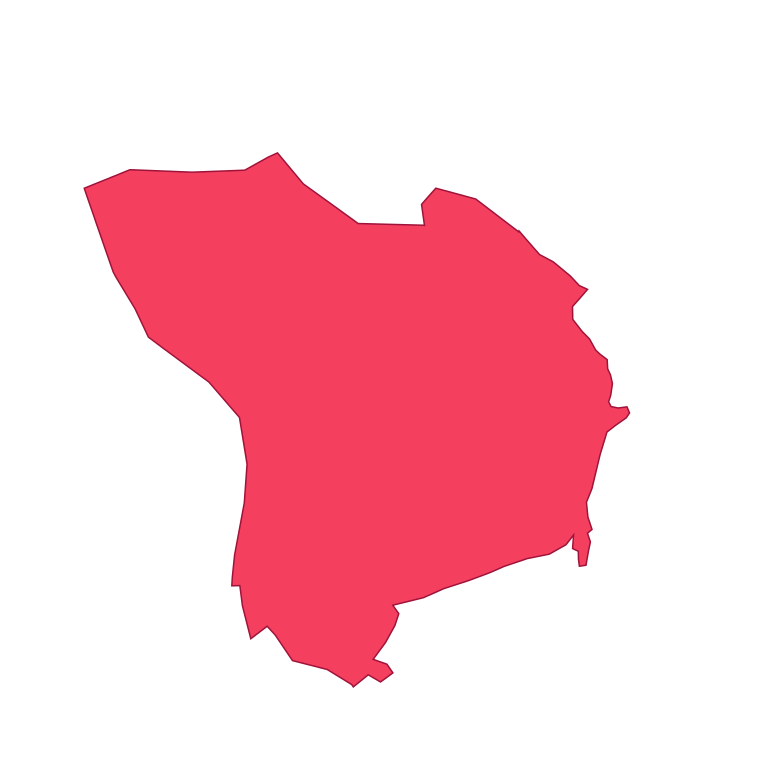 the district of Mosfiloti, Larnaca, Cyprus, rotated 342°
{"feature_id": "46923920B11567225397923", "entity_name": "Mosfiloti", "entity_type": "district", "adm_level": 2, "iso_a3": "CYP", "parent_name": "Cyprus", "parent_adm1": "Larnaca", "projection": "robinson", "projection_center": [33.434, 34.953], "detail": "fine", "context": "isolated", "style": "filled", "palette": "rose", "viewbox_px": 768, "rotation_deg": 342, "n_neighbors": 0, "source": "geoboundaries", "source_scale": "gbopen_adm2", "svg_char_len": 1503}
<svg xmlns="http://www.w3.org/2000/svg" viewBox="0 0 768 768"><g transform="rotate(342 384 384)"><path d="M344.2,132.4L317.6,137.6L316.9,137.4L303.1,133.5L266.8,123.2L208.6,101.7L159.4,105.2L159.5,112.9L159.6,118.6L159.9,132.5L160.0,141.0L160.9,186.0L161.1,194.0L162.0,199.2L170.4,235.1L171.1,240.3L173.8,261.7L174.4,266.6L184.5,281.0L218.1,328.1L236.2,371.2L229.0,417.9L214.4,453.9L189.0,500.6L179.9,521.2L179.5,522.2L176.9,528.9L184.6,531.2L180.8,551.3L178.6,585.1L198.0,578.3L203.0,589.2L211.5,618.8L241.8,638.0L260.4,659.9L261.2,662.6L279.1,655.7L288.6,666.3L303.2,661.5L300.2,651.4L288.6,642.5L305.6,630.3L319.7,617.1L327.1,607.0L324.0,597.1L355.6,599.4L377.6,597.1L404.0,597.1L426.8,596.1L441.7,594.6L466.1,594.3L488.6,596.9L507.4,593.1L517.6,586.2L512.5,598.8L517.1,603.1L514.8,610.8L513.5,617.7L520.1,618.8L526.8,606.1L531.5,598.0L531.4,588.8L536.9,586.6L536.8,573.6L540.0,559.0L549.4,547.8L567.3,518.6L567.8,517.8L581.2,498.6L591.4,494.9L604.0,491.0L608.6,487.4L608.0,480.8L599.3,479.2L593.0,475.6L592.1,470.4L596.2,464.7L601.4,454.2L602.2,445.3L601.4,438.7L603.8,429.8L598.6,422.3L595.8,417.1L593.4,404.7L588.7,395.3L583.5,380.9L587.2,368.6L598.6,361.9L606.8,356.9L600.1,350.7L594.6,338.9L582.9,320.4L571.9,308.9L564.0,290.4L559.7,280.1L559.1,280.9L528.4,236.4L493.8,213.8L483.8,219.6L475.2,224.8L471.5,245.6L471.2,245.4L409.0,223.4L408.8,223.1L387.1,193.3L370.3,170.4L369.9,169.9L370.1,170.1L369.0,168.5L354.1,131.3L344.2,132.4Z" fill="#f43f5e" stroke="#9f1239" stroke-width="1.5"/></g></svg>